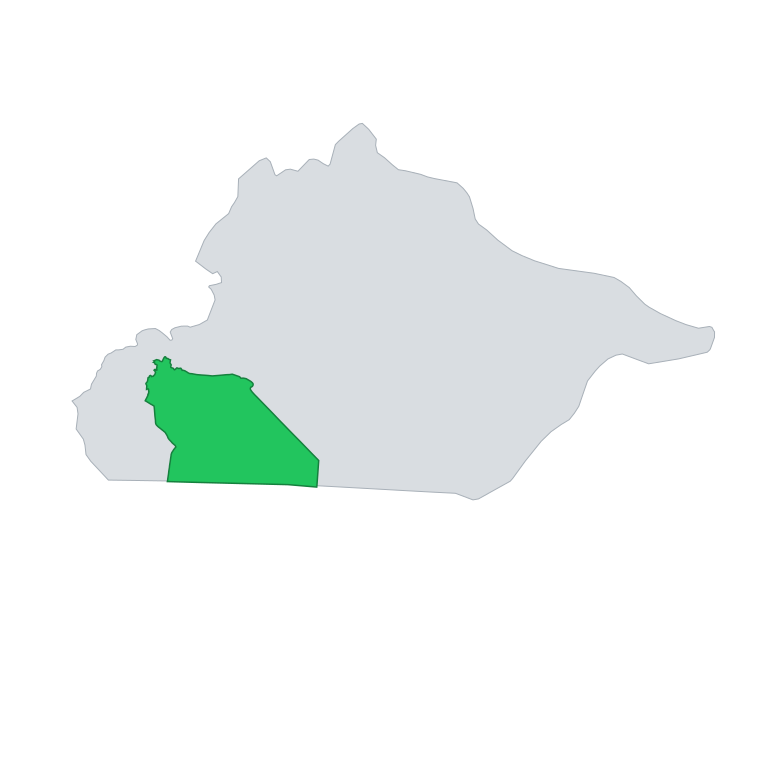 location of Duma, Rif Dimashq, Syria, rotated 37°
{"feature_id": "27442178B16442606574703", "entity_name": "Duma", "entity_type": "district", "adm_level": 2, "iso_a3": "SYR", "parent_name": "Syria", "parent_adm1": "Rif Dimashq", "projection": "equal_earth", "projection_center": [36.727, 33.326], "detail": "fine", "context": "in_parent", "style": "filled", "palette": "green", "viewbox_px": 768, "rotation_deg": 37, "n_neighbors": 0, "source": "geoboundaries", "source_scale": "gbopen_adm2", "svg_char_len": 5728}
<svg xmlns="http://www.w3.org/2000/svg" viewBox="0 0 768 768"><g transform="rotate(37 384 384)"><path d="M153.9,274.3L159.4,274.9L171.0,282.5L173.0,282.3L176.5,272.2L179.9,268.8L187.2,265.9L189.2,249.7L192.6,246.6L196.6,244.9L202.9,244.6L208.3,243.6L208.6,240.8L201.1,222.1L201.7,217.4L205.4,198.6L207.7,191.3L209.9,188.9L218.5,189.8L230.5,193.1L233.7,198.5L239.5,203.3L248.4,203.0L258.5,203.9L266.5,204.2L272.8,200.8L287.1,194.5L294.2,192.4L300.6,189.6L321.3,179.4L329.6,180.1L335.3,181.5L339.6,183.1L349.4,190.2L357.5,197.3L363.2,199.4L373.4,199.2L388.1,200.6L406.1,200.5L416.7,198.5L430.1,195.0L453.9,186.6L485.2,169.1L503.6,160.5L511.6,159.5L521.9,159.4L532.4,161.7L544.2,163.3L549.6,163.1L562.4,161.4L578.9,157.8L589.2,154.9L601.6,150.2L609.3,142.2L611.8,141.4L615.1,142.9L616.6,143.4L619.9,147.9L623.5,159.5L623.6,160.8L623.0,164.1L615.1,173.6L604.2,186.6L596.4,194.8L583.2,208.6L573.2,211.6L556.3,216.6L551.9,221.4L547.8,229.2L545.5,239.9L544.9,246.6L544.7,259.1L548.9,272.1L553.0,284.6L553.6,292.8L553.4,301.0L549.9,309.7L546.1,321.6L544.0,335.2L543.2,360.5L543.6,382.1L543.3,385.7L536.5,401.0L528.6,418.9L524.8,423.0L506.8,428.3L487.3,441.5L465.4,456.2L445.5,469.5L424.6,483.5L402.8,498.1L387.3,508.5L366.4,522.5L347.4,535.8L328.1,549.3L313.4,559.6L291.1,575.9L278.0,585.5L258.8,599.5L241.8,611.9L221.7,626.6L196.4,622.2L188.5,619.7L181.9,612.7L177.1,609.0L165.2,605.2L157.6,592.0L153.0,587.4L145.1,585.3L148.5,576.9L149.2,571.4L152.6,564.6L150.5,560.2L149.5,550.8L148.0,548.5L147.4,546.0L148.6,543.0L148.2,539.9L146.8,538.6L146.2,533.9L145.1,530.4L145.7,526.2L147.4,523.5L149.3,518.2L151.4,516.6L154.7,513.3L155.6,509.9L158.7,506.5L162.7,503.8L163.6,501.5L163.1,500.3L159.0,497.8L156.9,493.4L158.8,487.1L160.1,485.1L162.5,482.0L168.0,477.3L172.2,476.6L175.9,476.6L182.1,476.9L186.9,477.8L188.1,476.6L188.0,475.0L182.0,471.2L181.7,468.2L183.2,464.9L187.4,459.7L192.4,455.9L195.0,455.3L200.7,447.7L204.4,439.2L198.5,418.5L194.9,415.2L189.1,412.4L185.6,412.0L185.4,410.6L190.0,405.4L193.2,400.8L189.6,396.5L183.2,394.5L180.8,399.0L172.5,399.4L159.6,399.3L154.0,377.6L153.2,368.2L153.4,357.3L157.4,341.4L155.6,334.1L155.4,329.1L154.5,322.3L144.4,307.7L150.0,280.8L153.9,274.3Z" fill="#d9dde1" stroke="#a8b0b8" stroke-width="1"/><path d="M187.2,505.3L187.7,505.1L188.7,505.5L189.5,506.0L189.9,505.8L190.5,505.4L191.5,505.5L192.4,507.3L192.9,507.6L192.9,507.9L192.9,508.3L193.2,508.6L193.7,509.0L194.2,509.4L194.2,509.7L193.6,510.1L193.0,510.0L192.3,510.2L192.0,510.7L192.2,511.5L193.1,511.3L193.4,511.7L194.1,512.0L194.7,512.4L194.8,513.0L195.0,513.5L195.3,514.6L195.3,514.8L195.1,515.3L195.1,516.1L195.1,516.7L194.5,517.1L194.1,517.9L192.7,517.6L192.2,517.8L192.0,518.3L191.9,518.7L192.0,519.1L192.4,519.7L192.1,520.3L191.8,520.8L191.9,521.3L192.3,521.9L192.8,522.8L193.2,523.6L193.4,524.1L193.6,525.1L193.5,526.1L193.5,526.8L193.8,527.1L194.2,527.4L195.1,527.8L195.6,528.2L196.2,529.0L196.9,530.2L197.6,531.2L197.8,530.8L198.5,529.9L199.1,529.9L199.7,530.6L200.1,531.2L200.7,531.5L201.2,532.5L201.8,533.5L201.7,533.7L201.7,533.8L201.7,534.0L201.6,534.3L202.2,534.9L202.8,537.7L203.2,540.3L203.4,541.1L204.8,540.9L207.1,540.7L210.4,540.4L211.2,540.2L212.7,540.1L213.5,540.0L213.8,540.1L214.4,540.8L214.8,541.2L215.8,542.3L216.6,543.2L217.3,544.0L218.2,545.0L219.2,546.1L219.6,546.6L220.7,547.8L223.3,550.5L223.7,551.0L224.5,552.0L225.1,552.6L225.5,553.0L226.0,553.3L226.6,553.6L227.6,553.8L228.1,553.9L228.7,554.0L229.9,554.1L231.7,554.1L232.5,554.1L233.5,554.2L234.6,554.2L236.0,554.2L236.7,554.3L237.8,554.3L238.8,554.5L239.4,554.8L240.8,555.3L242.2,555.9L242.8,556.3L243.8,556.9L244.6,557.3L246.1,557.7L248.6,558.1L249.5,558.3L250.1,558.5L250.6,558.5L251.3,558.6L251.5,558.6L252.8,558.7L253.2,558.7L253.3,558.7L254.2,558.8L255.1,559.2L255.7,559.6L255.6,560.6L255.6,561.4L255.6,561.9L255.6,562.4L255.5,562.6L255.7,564.3L255.7,564.7L255.8,565.6L255.8,566.3L256.0,567.1L256.4,568.3L257.3,569.8L257.9,571.0L258.8,572.6L260.1,574.9L261.2,577.0L261.8,578.1L262.9,579.9L264.1,582.2L265.1,584.0L265.5,584.6L266.0,585.5L266.4,586.2L267.6,588.4L268.3,589.7L268.8,590.5L269.1,591.1L269.7,592.3L295.0,574.3L367.8,522.2L392.3,506.8L391.5,505.4L377.9,484.4L368.0,482.9L360.3,481.7L352.0,480.4L343.1,479.1L335.8,478.0L328.8,476.9L324.1,476.2L317.9,475.2L313.7,474.5L307.9,473.6L298.2,472.1L294.3,471.5L291.8,471.1L287.0,470.4L283.4,469.7L280.9,468.9L280.1,468.3L279.7,467.5L279.6,467.0L279.6,466.5L280.0,466.1L280.3,464.9L280.1,463.8L280.0,463.5L279.7,463.1L279.4,462.7L278.7,462.4L278.4,462.3L278.0,462.2L277.8,462.2L277.6,462.2L277.4,462.2L277.0,462.1L276.7,462.1L275.7,462.1L274.1,462.3L272.5,462.5L270.7,462.7L268.4,463.8L266.2,465.5L264.3,465.1L262.1,465.8L259.9,466.5L258.7,466.9L258.3,467.0L257.5,467.3L256.9,467.5L254.8,469.6L252.9,471.1L247.3,476.2L242.0,480.9L238.5,483.0L236.3,484.4L233.1,486.5L228.8,489.2L224.2,491.5L223.0,492.3L222.2,492.7L221.2,492.9L220.4,493.0L219.8,493.0L218.8,493.1L218.2,493.2L216.9,493.3L215.4,493.9L214.6,494.6L214.0,494.2L213.4,494.0L212.2,493.7L210.5,495.3L209.0,495.7L208.8,495.9L208.7,496.4L208.6,497.2L208.5,498.1L208.2,498.6L208.0,498.8L207.5,498.7L206.8,498.4L206.1,498.3L205.3,498.6L204.6,498.8L203.8,499.0L203.3,498.6L202.8,497.4L202.5,496.8L202.0,496.5L201.1,496.3L200.2,495.7L199.3,493.9L199.0,493.2L197.1,493.8L196.0,493.7L194.7,494.5L193.9,494.0L193.2,493.8L192.6,494.2L192.5,494.8L192.5,495.4L192.7,496.7L193.1,498.4L193.3,499.2L193.2,499.6L193.0,499.9L192.5,500.1L192.1,500.3L191.7,500.4L191.5,500.5L191.0,500.5L190.3,500.4L189.9,500.4L189.7,500.5L187.7,501.4L187.0,502.7L186.2,504.1L186.3,504.1L186.5,504.1L186.8,504.2L187.0,504.2L187.2,504.3L187.3,504.3L187.4,504.5L187.3,504.9L187.3,505.1L187.2,505.3L187.2,505.3Z" fill="#22c55e" stroke="#15803d" stroke-width="1.5"/></g></svg>